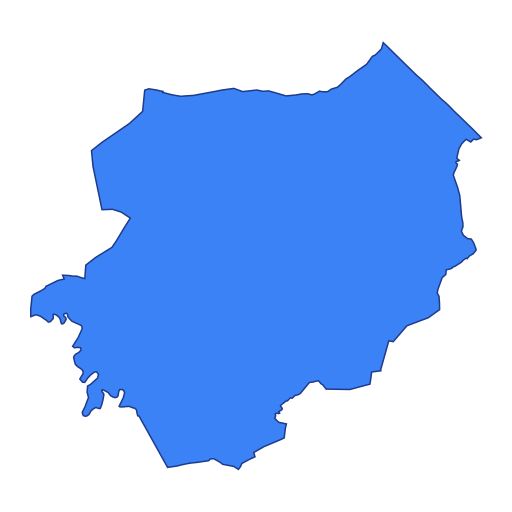 outline of Ezza North, Ebonyi, Nigeria
{"feature_id": "59680162B95600296408215", "entity_name": "Ezza North", "entity_type": "district", "adm_level": 2, "iso_a3": "NGA", "parent_name": "Nigeria", "parent_adm1": "Ebonyi", "projection": "albers", "projection_center": [7.956, 6.263], "detail": "fine", "context": "isolated", "style": "filled", "palette": "blue", "viewbox_px": 512, "rotation_deg": 0, "n_neighbors": 0, "source": "geoboundaries", "source_scale": "gbopen_adm2", "svg_char_len": 3953}
<svg xmlns="http://www.w3.org/2000/svg" viewBox="0 0 512 512"><path d="M481.3,137.8L478.0,134.5L473.7,130.1L467.3,123.9L464.5,121.2L459.3,116.1L456.9,113.9L453.6,110.7L448.6,105.5L445.4,102.5L442.2,99.9L434.0,91.9L429.0,87.0L422.7,80.6L416.4,75.1L390.8,50.0L383.2,42.6L381.5,48.8L377.2,53.2L375.1,55.1L372.4,56.3L366.6,64.3L358.1,70.2L349.5,76.8L345.9,79.0L340.7,84.4L337.3,87.3L331.3,89.1L327.6,91.7L323.0,91.8L319.4,91.2L314.2,94.2L311.7,94.9L307.8,93.7L301.2,94.0L296.0,95.0L286.0,95.9L276.1,93.0L268.6,90.9L262.7,91.3L256.9,90.0L242.7,91.6L233.8,88.4L222.2,90.0L214.6,91.5L193.6,95.4L184.3,96.0L181.0,96.3L177.0,95.7L171.6,94.7L164.5,92.9L163.5,92.6L162.7,92.5L163.0,91.4L159.9,90.9L157.2,90.1L148.8,88.8L144.8,90.1L144.5,92.1L144.2,95.6L142.6,111.4L129.4,123.5L102.2,142.2L91.5,150.6L93.0,166.4L102.0,209.7L112.6,209.3L121.2,212.1L130.3,218.1L124.8,226.8L116.2,241.1L111.9,247.4L95.7,257.4L85.8,265.1L84.8,278.6L79.7,277.2L77.2,276.2L72.8,276.1L68.8,275.5L66.6,275.4L64.1,275.3L62.6,275.2L63.6,277.5L64.3,279.0L62.0,279.5L57.8,280.5L46.0,286.3L44.8,288.4L42.0,290.2L38.1,292.2L34.0,294.3L32.0,296.2L31.9,297.7L30.7,309.1L30.8,316.7L35.6,314.8L37.7,315.2L40.7,316.4L46.6,320.5L48.3,322.1L50.3,321.7L53.3,318.5L53.1,314.6L53.8,314.1L56.3,315.0L59.0,317.2L60.1,319.0L60.6,321.0L61.3,323.5L61.8,323.9L62.5,323.9L64.0,323.1L66.2,319.3L65.6,317.3L63.7,315.8L63.5,314.8L64.1,314.0L66.2,313.2L67.3,313.9L68.1,317.2L71.8,321.2L81.2,325.4L82.2,327.4L82.0,329.1L78.2,337.5L72.6,346.3L74.4,347.8L77.1,347.4L80.5,347.7L81.0,349.1L80.9,350.2L78.7,352.5L75.5,354.3L74.1,356.1L73.6,357.5L74.0,359.0L74.4,360.9L75.4,364.5L77.7,366.7L79.8,368.0L81.9,369.6L83.0,371.0L83.1,373.6L79.8,379.0L82.5,382.2L84.8,382.4L87.6,378.2L90.8,374.8L94.5,372.1L96.4,371.7L98.5,374.2L97.5,378.1L90.4,384.5L87.6,386.0L87.3,389.3L87.1,392.2L88.5,397.6L86.8,401.8L85.1,406.6L82.4,412.0L82.4,413.2L82.7,414.3L83.3,415.6L85.1,416.2L86.4,416.2L88.9,414.6L91.1,410.8L93.5,408.7L95.9,407.5L96.8,407.8L99.2,408.6L100.3,408.4L101.8,404.5L102.9,400.2L103.9,394.7L103.5,393.4L102.2,391.8L101.9,390.0L103.0,389.7L108.1,392.5L110.6,395.7L113.3,397.2L114.7,397.6L116.8,397.3L118.0,395.9L118.4,393.7L118.7,391.9L119.5,389.7L122.1,389.5L123.6,390.5L124.6,392.4L123.3,397.7L119.1,406.3L120.0,406.9L123.5,406.9L125.4,406.6L127.7,406.5L129.3,406.4L131.0,407.1L133.0,407.9L134.8,408.2L136.4,409.8L137.0,413.0L137.7,415.8L139.0,416.0L156.4,447.3L167.6,467.4L176.6,466.1L181.7,464.8L187.0,463.7L191.2,463.0L197.1,462.4L208.7,460.7L210.2,459.0L213.7,458.7L220.1,462.3L222.7,464.3L233.8,466.4L238.4,469.4L240.5,466.6L241.8,463.5L249.0,459.6L255.0,456.8L253.7,452.5L264.0,446.6L281.8,439.1L284.2,437.9L285.4,428.0L286.4,423.9L279.2,422.4L277.9,421.6L274.8,418.3L275.7,415.8L275.1,414.0L276.6,413.1L278.7,413.6L279.7,413.1L278.9,411.4L281.8,409.9L282.0,409.2L282.3,408.4L280.4,405.9L281.4,404.7L286.6,400.6L287.4,400.9L290.4,397.8L292.2,398.2L294.0,396.5L295.0,395.4L297.8,394.9L300.4,393.4L309.2,382.7L310.8,382.2L311.6,382.2L313.1,382.0L314.6,381.6L315.7,381.2L318.5,380.8L321.1,383.8L322.8,384.8L325.4,388.2L326.2,389.2L326.7,389.1L349.7,389.5L353.2,388.6L365.3,385.3L369.9,384.2L370.8,378.6L371.4,374.1L371.6,372.0L380.9,370.8L380.7,369.6L388.8,340.8L393.2,341.7L406.9,325.8L419.0,321.2L428.2,317.8L439.6,309.6L439.5,303.2L439.0,296.3L437.2,293.0L438.0,289.1L442.2,277.6L445.8,274.5L446.2,269.9L450.2,268.9L452.0,268.2L452.3,267.3L454.8,266.4L461.5,262.1L463.3,260.1L465.7,258.4L466.5,258.3L467.1,258.7L469.3,256.1L471.4,254.8L473.0,254.0L476.1,250.2L476.0,249.0L473.5,242.5L471.9,240.0L471.2,239.0L467.5,238.6L463.3,235.2L461.4,231.0L463.0,226.7L462.8,222.3L461.9,218.5L461.5,215.4L459.8,195.6L457.5,187.2L453.3,175.2L453.9,172.9L457.0,166.3L457.4,164.1L456.3,163.2L455.9,162.4L456.0,161.6L456.8,161.2L458.0,161.2L459.3,160.3L458.0,159.3L456.8,158.3L457.2,156.3L458.9,148.9L461.7,143.8L466.0,139.3L470.8,142.0L473.5,139.2L476.5,139.7L481.3,137.8Z" fill="#3b82f6" stroke="#1e3a8a" stroke-width="1.5"/></svg>